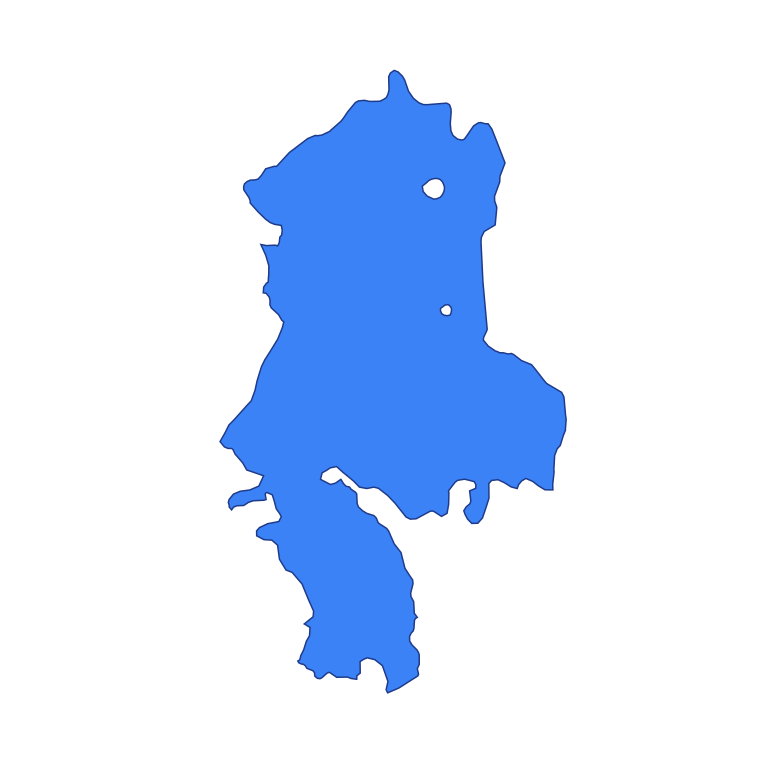 the district of Aru, Orientale, Democratic Republic of the Congo, rotated 341°
{"feature_id": "63176286B14719092717616", "entity_name": "Aru", "entity_type": "district", "adm_level": 2, "iso_a3": "COD", "parent_name": "Democratic Republic of the Congo", "parent_adm1": "Orientale", "projection": "orthographic", "projection_center": [30.488, 3.028], "detail": "fine", "context": "isolated", "style": "filled", "palette": "blue", "viewbox_px": 768, "rotation_deg": 341, "n_neighbors": 0, "source": "geoboundaries", "source_scale": "gbopen_adm2", "svg_char_len": 5496}
<svg xmlns="http://www.w3.org/2000/svg" viewBox="0 0 768 768"><g transform="rotate(341 384 384)"><path d="M509.2,539.1L510.8,533.9L516.2,522.5L516.7,520.3L522.1,507.1L526.6,501.7L530.7,499.4L533.1,496.1L536.6,491.3L540.6,486.7L540.6,486.3L544.7,476.8L545.6,472.2L549.9,454.9L549.2,449.7L540.6,439.6L538.8,437.5L537.9,436.4L536.5,432.8L532.0,419.7L529.8,413.8L521.6,406.6L516.2,398.4L514.4,396.6L511.2,396.1L507.1,393.4L503.5,392.1L502.2,390.7L499.9,388.9L494.9,382.1L492.2,374.8L493.6,372.1L498.5,367.1L499.4,365.8L510.8,319.6L522.0,281.1L523.8,277.0L528.4,272.4L540.9,269.8L547.3,255.7L548.2,253.4L548.2,250.8L548.2,247.1L549.6,242.5L551.4,240.3L559.1,230.8L561.3,225.3L570.4,214.4L569.5,189.5L569.0,178.2L567.2,171.9L564.5,170.9L560.4,168.2L558.2,167.8L552.8,169.1L542.4,176.8L539.6,178.7L536.9,178.7L533.3,176.4L533.1,176.2L530.1,171.4L529.7,166.4L531.5,159.2L536.0,148.8L536.9,145.6L536.9,141.5L536.0,140.2L534.6,138.8L515.2,133.8L512.0,132.5L508.4,129.3L504.8,123.4L502.5,115.2L502.5,103.5L502.5,103.0L501.6,98.9L498.9,93.5L495.7,90.8L491.2,92.1L488.5,94.9L484.5,107.5L482.2,111.2L479.5,113.9L476.3,114.8L472.2,115.3L467.7,113.9L462.3,112.1L457.8,109.4L451.9,108.0L448.7,108.5L438.3,114.8L432.9,118.9L428.8,121.6L416.6,126.6L414.8,127.5L406.2,128.4L401.7,127.5L399.9,126.6L391.8,127.1L369.9,134.3L353.2,143.3L351.6,142.6L351.1,142.4L342.2,142.0L336.1,146.8L332.8,148.6L331.8,149.2L329.7,149.1L328.7,149.1L324.0,147.7L320.4,148.0L317.2,149.4L315.5,151.8L314.9,153.9L314.7,154.9L317.0,163.7L317.1,166.5L317.2,167.1L316.8,168.1L316.4,169.3L321.1,180.5L325.7,189.6L329.0,194.4L329.3,194.6L332.5,197.4L338.5,200.6L338.0,204.1L337.8,205.8L337.1,207.0L335.8,209.7L334.4,210.6L333.3,211.3L330.9,216.4L328.4,218.8L327.6,218.2L326.3,217.3L321.2,215.8L318.0,214.9L316.8,214.2L313.0,212.0L314.1,224.0L313.6,234.8L311.0,242.1L307.5,250.2L306.3,250.3L305.6,250.4L305.0,250.9L301.8,253.2L299.5,258.5L300.8,259.2L302.1,259.8L303.5,263.6L303.8,264.3L303.5,267.7L301.9,272.1L302.1,274.3L302.2,275.3L302.5,275.9L306.9,284.1L308.1,290.3L308.9,291.7L309.5,292.6L306.1,297.8L298.0,307.1L287.9,315.4L279.2,322.3L273.8,327.7L270.7,331.9L265.1,339.6L260.0,348.0L253.0,356.7L250.5,358.0L247.1,359.8L230.8,368.9L224.0,372.3L217.9,378.3L210.2,385.1L210.8,386.6L212.3,390.7L212.6,391.5L215.6,394.2L219.1,395.4L219.9,397.0L220.4,401.8L223.5,409.5L224.8,412.9L225.5,416.7L226.2,420.6L228.3,422.2L240.3,431.6L232.4,439.8L222.6,440.5L213.1,438.6L205.8,439.1L199.9,442.8L198.2,445.4L198.2,448.0L197.6,450.0L198.9,453.4L201.8,451.4L204.2,451.3L205.2,451.2L211.8,453.2L213.5,452.8L217.3,451.8L222.2,451.8L222.6,451.9L224.3,452.4L232.6,454.8L234.9,454.9L235.0,454.4L235.8,449.5L236.9,448.5L238.0,448.5L242.3,452.4L242.1,459.1L241.5,467.0L243.1,472.3L243.7,476.1L239.7,479.8L228.5,478.2L219.6,479.2L215.7,481.4L214.2,486.1L219.8,492.1L227.1,495.1L230.9,501.7L228.1,515.7L230.8,528.0L235.8,532.2L241.4,546.4L242.4,563.4L243.5,575.8L241.2,581.0L230.5,584.9L234.8,590.1L231.6,597.8L226.8,602.0L221.5,609.2L217.0,613.6L215.5,615.9L214.7,617.3L213.6,617.6L212.3,617.9L212.7,619.9L214.5,621.7L216.6,622.9L217.3,623.9L217.9,624.8L218.2,626.2L218.5,627.8L223.3,631.8L224.3,634.2L223.5,637.7L225.1,640.5L227.5,641.8L229.4,641.6L232.1,640.5L236.1,638.8L238.5,638.8L242.6,644.3L242.9,644.7L243.7,645.9L244.1,646.0L253.4,649.0L253.7,649.0L256.6,651.3L257.3,651.9L262.1,654.3L263.4,651.0L267.4,649.6L271.0,638.7L274.5,637.8L279.0,637.4L285.6,641.7L290.8,649.8L290.9,666.5L286.5,673.7L286.9,677.2L299.0,676.3L309.3,673.8L319.1,671.5L321.0,671.0L322.2,669.6L322.8,664.0L326.1,660.5L327.9,655.1L329.1,651.7L329.2,649.6L329.1,648.9L328.7,646.4L325.6,640.0L324.6,635.5L325.2,633.4L326.0,631.0L328.1,628.9L328.6,628.4L329.5,627.9L331.2,627.0L332.8,624.7L335.9,617.3L336.6,616.6L337.4,616.0L338.4,615.7L339.5,615.5L338.0,610.7L341.0,600.1L341.0,599.9L341.2,599.4L340.3,594.0L341.1,590.5L341.8,589.4L346.4,582.3L346.9,580.2L347.3,578.4L346.9,577.2L346.7,576.6L345.8,573.1L343.8,565.0L345.2,548.9L341.6,538.5L340.5,524.6L339.5,521.4L334.2,514.7L333.6,513.6L333.3,512.9L333.2,510.4L333.0,508.0L331.6,505.1L329.0,503.2L325.6,500.7L322.4,496.8L320.7,493.6L319.8,491.9L319.7,488.3L322.4,479.0L321.9,477.2L320.6,475.4L318.7,472.9L318.4,472.0L317.9,470.2L314.8,468.3L313.2,464.8L313.2,464.7L312.2,460.1L306.0,461.9L305.1,461.9L300.7,461.6L292.9,453.5L296.6,447.8L301.4,447.0L305.8,445.8L312.3,446.6L316.4,454.1L321.1,461.7L323.7,466.0L327.2,473.5L333.7,477.2L340.8,478.2L344.8,480.8L351.3,490.8L355.6,500.2L358.8,509.2L361.5,516.9L364.8,520.3L370.5,521.9L386.6,519.3L389.3,520.3L393.5,525.6L395.3,527.9L401.5,526.8L405.9,518.9L409.9,508.2L410.2,506.0L411.0,505.5L419.1,500.1L422.1,499.1L423.7,499.3L429.1,500.2L433.7,503.1L437.6,505.8L438.1,509.3L436.7,512.5L434.1,512.7L430.2,512.9L428.0,522.9L426.3,525.2L421.5,527.1L418.2,529.8L418.2,533.7L419.0,538.9L421.6,544.4L427.4,546.2L433.5,542.7L440.5,533.7L446.1,526.1L450.7,512.2L454.4,510.2L460.6,511.6L465.7,516.5L470.7,522.7L475.9,526.2L478.6,522.9L482.7,520.4L487.4,519.5L490.9,522.7L492.9,524.5L496.8,530.5L501.7,536.4L509.2,539.1ZM483.7,214.7L484.6,209.4L489.3,207.7L492.6,206.2L495.8,205.8L499.8,206.4L502.3,207.7L503.6,208.9L505.0,211.5L505.4,215.0L505.2,217.9L503.8,220.9L502.0,222.9L500.1,224.6L497.9,225.8L493.9,226.0L491.1,225.3L485.9,220.3L483.7,214.7ZM464.8,330.1L467.3,329.2L470.6,329.9L471.5,331.3L472.3,333.5L472.2,335.3L471.3,337.3L470.4,338.9L468.9,340.3L466.1,340.0L463.3,338.6L461.4,336.2L461.3,332.8L462.2,330.8L464.8,330.1Z" fill="#3b82f6" stroke="#1e3a8a" stroke-width="1.5"/></g></svg>